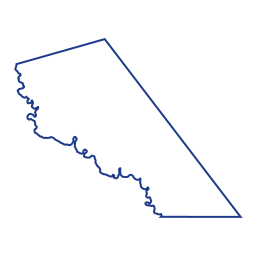 Puerto Alegría, Amazonas, Colombia
{"feature_id": "7082276B15256258741932", "entity_name": "Puerto Alegría", "entity_type": "district", "adm_level": 2, "iso_a3": "COL", "parent_name": "Colombia", "parent_adm1": "Amazonas", "projection": "orthographic", "projection_center": [-73.853, -0.95], "detail": "fine", "context": "isolated", "style": "outline", "palette": "blue", "viewbox_px": 256, "rotation_deg": 0, "n_neighbors": 0, "source": "geoboundaries", "source_scale": "gbopen_adm2", "svg_char_len": 5657}
<svg xmlns="http://www.w3.org/2000/svg" viewBox="0 0 256 256"><path d="M240.6,216.9L104.7,39.1L16.5,64.1L16.5,64.7L16.2,66.4L15.9,67.1L15.6,67.7L15.4,68.5L15.4,69.1L15.5,69.6L16.2,70.3L17.5,71.4L17.7,71.8L18.0,72.6L18.4,73.1L19.0,73.5L20.2,73.9L20.6,75.0L20.6,75.4L20.4,75.6L19.4,76.1L19.0,76.5L18.6,77.1L18.3,77.9L18.3,78.2L18.4,78.5L18.9,78.8L18.6,80.0L18.7,80.4L19.0,81.0L19.3,81.4L19.6,81.8L20.2,82.1L21.9,82.9L23.0,83.7L23.1,84.0L23.1,85.7L23.6,86.3L24.1,86.4L24.1,86.7L24.0,87.0L23.9,87.3L22.7,88.3L21.8,88.4L20.6,88.8L19.6,88.9L19.3,89.0L18.8,89.6L18.4,89.8L18.2,89.9L17.9,90.4L17.7,91.0L17.8,91.2L18.2,91.6L18.6,93.0L18.9,93.7L19.8,94.5L20.5,94.8L20.8,95.0L21.7,96.0L21.9,96.4L22.1,96.6L22.7,96.9L23.2,97.1L24.1,97.5L24.6,97.7L25.2,97.6L26.4,96.9L26.5,97.4L26.6,97.5L27.1,97.7L27.7,98.1L28.1,98.3L28.6,98.6L28.7,99.0L28.7,99.3L27.8,100.0L27.5,100.5L27.4,101.6L27.5,102.4L27.8,102.9L28.0,103.2L28.2,103.3L28.4,103.2L28.7,103.0L29.0,102.9L29.8,103.1L30.4,103.0L30.7,102.9L31.1,102.7L31.3,102.3L31.7,100.6L31.9,100.6L32.2,100.6L32.4,101.1L33.0,102.7L33.0,102.9L32.8,103.1L32.6,103.7L32.5,104.5L31.9,105.4L31.9,106.8L32.0,107.0L32.4,107.3L33.2,107.9L34.0,108.5L34.5,108.7L34.9,108.7L35.2,108.7L36.2,108.2L36.8,107.8L37.6,107.1L37.8,107.0L38.1,107.0L38.2,107.3L38.1,107.7L37.7,109.0L37.4,109.2L36.8,109.6L35.9,110.2L35.8,110.6L35.7,111.1L35.2,112.4L35.1,112.9L35.7,114.1L36.0,115.2L35.9,116.0L35.5,116.5L35.0,116.7L34.4,116.6L34.2,116.4L33.9,115.8L33.7,115.5L32.9,114.8L31.7,114.2L30.8,114.0L30.4,113.9L29.3,114.2L28.0,115.3L27.7,115.6L27.4,116.5L27.4,117.4L27.9,118.8L28.5,119.4L29.3,119.6L30.0,119.1L30.9,119.1L31.3,119.2L32.5,120.1L33.0,120.4L34.5,121.0L34.9,121.8L35.0,122.4L35.1,124.2L35.2,124.8L35.8,125.7L36.6,126.6L36.8,127.1L36.7,127.5L36.3,128.3L36.0,128.6L34.8,129.3L34.6,129.5L34.6,131.7L34.7,132.2L35.0,132.7L35.7,133.0L36.2,133.3L36.6,133.5L37.0,133.8L37.6,134.2L37.7,134.5L38.8,135.2L39.3,135.8L39.6,136.0L40.2,136.6L40.6,136.7L41.5,136.5L42.8,137.6L43.8,137.9L45.6,137.8L46.6,138.0L47.1,138.0L49.0,137.8L49.6,137.7L51.0,137.1L51.8,137.3L52.5,137.5L53.9,138.2L55.5,139.8L57.3,140.6L59.5,141.8L60.1,142.2L60.3,142.4L60.8,142.7L61.0,143.0L62.5,143.4L63.4,144.1L64.5,144.5L64.8,144.5L65.2,144.7L66.1,144.7L66.7,144.4L67.0,144.4L68.3,144.9L69.5,145.1L70.2,145.0L70.5,144.9L71.6,144.1L72.2,143.4L72.5,142.9L73.4,141.7L73.5,141.1L73.5,140.6L73.3,139.7L73.2,139.4L73.6,138.1L74.2,137.2L74.6,136.9L74.9,136.9L75.3,137.0L75.6,137.2L76.0,137.6L76.4,138.6L76.7,138.8L76.5,139.5L76.3,140.1L75.4,141.4L75.1,142.4L75.0,142.7L74.8,143.6L75.0,143.9L75.0,144.3L74.7,145.2L74.6,145.6L74.8,146.4L75.1,146.9L75.7,148.6L76.7,150.0L76.8,150.6L77.0,150.9L77.0,151.2L77.1,151.4L77.2,151.7L77.6,152.0L78.6,152.4L80.1,153.3L81.4,153.6L82.0,153.7L82.6,153.4L83.1,152.8L83.3,152.3L83.4,152.0L83.4,150.9L83.6,150.5L84.0,150.2L84.6,149.7L84.9,149.6L85.3,149.6L85.9,150.0L86.5,150.6L86.8,151.1L86.8,151.6L86.5,152.1L85.4,153.1L84.5,154.1L84.2,154.7L84.0,155.6L84.0,156.2L84.2,156.5L85.0,157.0L86.1,157.4L86.8,157.5L87.4,157.5L88.4,157.6L89.5,157.5L89.9,157.4L90.3,157.1L90.9,156.5L91.3,155.9L91.5,155.8L91.9,155.7L92.5,155.7L94.2,156.3L94.6,156.8L94.6,157.2L94.6,157.6L94.8,158.7L95.2,159.3L95.4,160.0L95.6,160.4L95.6,161.0L95.4,162.0L95.6,162.6L95.6,163.0L96.3,164.0L96.9,165.4L97.6,166.1L98.9,167.2L99.4,168.0L99.8,168.6L100.3,169.9L100.3,170.3L100.0,171.2L100.1,171.9L100.6,172.5L101.0,172.9L102.2,173.5L102.7,173.8L103.6,174.2L104.2,174.3L105.4,174.3L105.8,174.5L107.2,175.1L107.6,175.3L108.3,175.5L109.1,176.2L109.3,176.2L110.0,176.3L111.2,176.5L111.7,176.5L112.0,176.4L112.4,175.9L112.9,175.0L113.0,174.8L113.3,174.8L114.0,175.4L114.2,175.7L114.3,176.1L114.2,176.3L113.9,176.8L113.8,177.0L113.8,177.6L114.6,177.8L115.3,178.2L115.9,178.3L116.3,178.3L117.5,177.7L118.1,176.6L118.2,176.2L118.3,175.4L118.7,174.9L119.2,174.5L119.3,174.3L119.4,173.4L119.1,170.9L119.2,169.2L119.4,168.6L119.8,168.4L120.2,168.3L120.4,168.4L120.4,168.5L120.2,169.1L120.1,169.8L120.4,171.8L120.3,173.2L120.5,174.0L120.7,174.6L121.5,175.7L121.9,176.2L122.8,176.8L123.3,176.9L123.8,176.8L125.2,177.0L126.2,177.1L126.6,177.0L127.0,176.9L127.8,176.8L128.1,176.6L128.4,176.2L128.8,175.9L129.4,175.3L130.1,174.9L130.4,174.8L130.8,174.9L131.6,175.0L132.5,175.6L133.2,176.3L133.8,177.6L134.3,178.2L134.9,178.7L136.2,179.5L137.5,179.8L138.5,179.8L139.5,179.2L140.1,178.6L140.3,178.6L140.4,178.9L140.4,180.3L140.4,180.8L140.1,181.7L140.2,182.8L140.7,184.3L140.8,185.5L141.0,186.6L141.4,187.4L142.1,188.0L142.9,188.4L143.5,188.9L143.9,189.1L144.4,189.2L145.7,189.1L146.3,188.9L146.5,188.8L147.0,188.3L147.2,187.8L147.7,187.5L148.2,187.7L148.4,188.1L148.5,188.6L148.4,188.7L148.3,189.4L147.6,189.8L147.4,189.8L147.3,190.0L147.1,190.0L146.8,190.2L146.5,190.8L146.4,192.0L146.9,192.9L146.8,193.7L146.6,193.9L146.6,194.3L146.2,195.5L146.2,195.9L146.3,196.6L146.8,197.3L147.4,197.6L148.2,197.6L149.2,197.3L149.5,197.2L149.9,197.6L150.3,198.2L150.3,198.6L150.7,199.8L151.2,200.8L151.2,201.1L151.1,201.7L150.7,202.4L150.5,202.5L150.1,203.2L149.2,203.3L148.9,203.2L147.8,202.3L147.0,202.3L146.8,202.3L146.4,202.4L146.0,202.6L145.5,203.1L145.4,203.8L145.6,204.2L145.9,204.6L146.3,204.8L147.4,205.3L147.9,205.4L148.8,205.5L150.0,205.4L150.3,205.5L150.5,205.7L150.7,205.8L151.6,206.0L152.3,205.9L152.8,205.6L153.1,205.6L153.3,205.6L153.6,205.8L154.0,206.2L154.1,206.5L154.4,207.4L154.5,208.2L154.6,208.7L154.5,210.0L154.4,210.3L154.0,211.0L154.0,211.4L154.1,212.2L154.4,212.7L154.7,213.1L155.2,213.3L157.2,213.7L157.4,213.9L157.9,214.1L158.7,214.3L159.6,214.4L160.2,214.4L160.7,214.2L161.1,214.1L161.5,215.0L161.5,215.8L161.3,216.4L160.9,216.8L240.6,216.9Z" fill="none" stroke="#1e3a8a" stroke-width="2"/></svg>